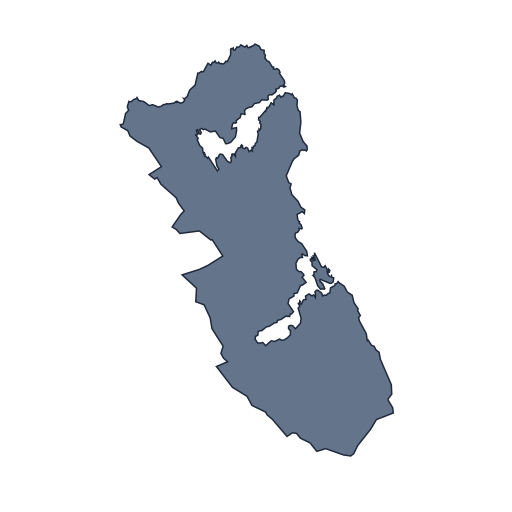 Halsa nor, Møre og Romsdal, Norway, rotated 82°
{"feature_id": "86288312B43880270832618", "entity_name": "Halsa nor", "entity_type": "district", "adm_level": 2, "iso_a3": "NOR", "parent_name": "Norway", "parent_adm1": "Møre og Romsdal", "projection": "mercator", "projection_center": [8.399, 63.103], "detail": "fine", "context": "isolated", "style": "filled", "palette": "slate", "viewbox_px": 512, "rotation_deg": 82, "n_neighbors": 0, "source": "geoboundaries", "source_scale": "gbopen_adm2", "svg_char_len": 6041}
<svg xmlns="http://www.w3.org/2000/svg" viewBox="0 0 512 512"><g transform="rotate(82 256 256)"><path d="M430.6,141.9L425.2,141.8L417.2,145.2L415.8,145.0L411.7,140.8L402.3,139.9L375.7,147.2L368.5,147.5L365.8,150.2L361.8,151.6L360.6,154.0L354.7,156.7L355.3,157.6L348.3,157.6L334.8,162.6L331.4,163.0L329.5,161.0L324.1,163.0L322.6,162.2L315.8,165.5L308.2,166.2L304.4,170.6L298.1,172.9L293.6,177.9L292.1,178.3L293.5,178.5L294.7,180.5L294.5,181.4L296.3,182.2L297.8,186.5L302.9,188.1L303.2,189.9L304.7,191.9L304.2,194.0L304.9,195.6L301.8,196.2L298.4,199.6L298.3,200.9L299.8,202.7L301.7,202.3L305.4,203.0L302.5,204.3L303.3,206.1L300.9,208.8L302.6,212.6L306.0,212.5L306.0,215.1L310.1,218.0L309.4,219.3L307.3,218.4L306.6,218.9L308.6,219.3L308.8,220.7L311.9,219.6L313.4,221.5L324.0,220.0L328.8,221.4L333.6,227.1L330.3,229.3L329.4,231.4L330.1,233.5L332.5,233.9L334.8,232.3L338.8,232.9L341.5,236.4L343.2,240.5L342.9,242.4L341.5,244.2L343.2,249.3L342.1,252.8L346.2,258.9L342.6,261.3L342.8,263.9L342.3,266.5L338.3,268.4L335.5,267.7L334.8,265.3L331.3,264.4L330.6,263.1L330.8,260.7L327.6,255.6L327.5,252.8L324.8,246.9L324.8,244.6L322.7,243.6L322.3,240.0L319.8,235.0L320.6,231.0L318.6,230.5L318.2,228.6L316.3,226.6L307.6,230.9L303.1,229.2L301.0,224.1L298.5,223.6L298.3,220.3L291.4,216.0L291.3,214.2L289.1,210.0L283.5,213.3L281.9,211.2L280.6,211.5L277.7,213.6L277.4,215.8L274.7,217.8L268.8,217.5L265.0,214.8L263.7,212.3L263.9,210.1L260.6,210.6L260.5,209.6L262.3,207.7L263.0,205.1L258.5,205.1L250.2,209.0L247.5,212.3L244.1,214.3L240.8,214.6L238.8,213.6L238.2,211.3L236.3,209.6L234.6,209.5L235.5,206.9L234.8,206.4L231.4,207.0L229.2,208.7L228.3,208.0L226.5,209.5L220.7,209.6L218.5,204.1L220.7,202.2L217.1,201.3L214.0,204.7L207.5,206.9L200.3,211.9L193.4,212.9L189.5,211.2L187.9,213.3L180.8,214.9L167.2,206.7L164.8,204.4L162.2,199.7L158.0,197.9L157.2,195.4L158.1,193.7L157.9,192.6L159.0,191.5L157.8,190.5L154.2,190.2L149.2,193.4L140.4,195.7L129.4,192.9L119.2,192.3L117.6,193.9L112.9,194.5L107.3,193.3L105.2,194.5L104.8,196.0L100.4,197.5L101.1,198.7L99.7,200.2L98.4,204.3L101.9,207.1L101.4,207.9L102.3,209.5L100.0,210.3L100.8,212.9L102.2,213.4L104.0,216.5L108.8,217.3L106.4,219.7L110.2,222.4L110.3,223.5L111.2,223.9L110.7,224.6L113.9,226.2L113.5,226.5L119.1,232.9L119.1,234.1L121.5,234.5L123.3,233.1L124.9,233.8L126.4,232.8L130.4,233.6L131.6,234.6L130.8,235.2L132.2,235.3L131.9,236.1L132.9,237.2L135.4,236.8L143.6,239.4L144.2,240.8L146.9,241.9L146.9,243.3L148.7,244.0L148.2,244.9L151.6,245.0L150.5,246.2L151.8,248.3L148.0,249.3L147.0,250.7L148.2,252.6L146.7,254.7L145.3,255.2L145.9,254.2L145.2,253.9L144.0,254.8L146.4,256.3L146.4,258.4L150.7,261.9L154.5,262.5L151.9,263.7L151.7,265.4L152.6,266.4L152.2,264.7L155.0,267.2L158.9,267.3L160.1,268.6L158.2,271.2L151.0,274.9L150.1,277.0L150.4,278.0L154.0,280.6L153.2,281.5L154.7,282.5L161.7,282.1L164.7,280.6L166.4,282.4L151.4,289.4L152.3,290.6L150.0,292.1L150.0,293.0L148.2,292.2L147.8,293.4L146.4,292.8L146.3,294.0L141.7,293.9L138.9,296.3L132.9,298.0L131.5,296.9L127.8,298.9L127.8,297.2L127.1,296.7L124.3,297.7L123.2,297.2L123.6,296.2L122.0,296.6L127.1,295.1L127.6,294.0L126.2,293.0L123.0,294.3L122.1,292.1L123.6,290.6L123.2,288.9L126.8,283.8L126.6,278.8L133.6,275.3L135.0,272.1L140.6,270.4L140.7,268.6L140.0,265.4L135.2,259.8L129.0,257.7L126.1,257.5L126.6,262.4L122.3,261.0L120.9,259.6L121.6,257.9L121.2,256.8L119.1,256.7L116.7,252.4L113.1,250.9L114.0,247.6L114.9,247.2L110.7,247.2L108.9,245.6L107.9,242.6L107.7,239.3L104.8,236.3L104.5,231.2L102.2,228.9L103.2,223.1L102.5,222.0L99.3,222.0L98.1,220.2L98.7,217.8L96.8,214.3L95.4,212.9L93.6,213.2L93.1,210.1L91.3,208.6L91.4,206.2L92.6,205.0L92.3,203.3L90.7,204.9L88.8,203.5L86.2,203.6L78.2,207.5L77.4,206.6L74.9,207.4L73.3,209.2L73.7,211.0L73.0,212.9L71.4,212.2L71.0,213.6L65.4,216.0L64.4,217.8L61.2,219.6L58.5,218.7L56.8,219.8L53.4,219.3L52.4,222.3L48.6,223.6L46.0,227.6L47.6,229.5L47.4,230.6L48.4,231.8L48.0,232.6L48.6,233.1L48.6,235.0L46.2,235.8L47.6,238.0L44.8,241.6L46.5,243.3L46.8,245.0L46.3,245.7L49.3,248.3L48.9,249.3L46.8,249.6L47.6,250.6L47.1,251.4L47.5,252.3L53.1,253.1L59.5,257.3L58.9,258.7L61.0,260.8L61.2,262.8L60.5,263.5L60.4,265.1L58.8,266.0L59.6,267.0L59.0,268.7L57.1,269.4L58.5,270.9L58.0,271.8L58.6,272.6L60.9,274.1L58.4,276.7L66.1,282.4L66.2,283.7L65.6,284.3L67.0,287.0L66.7,288.1L78.2,292.5L82.4,298.5L88.7,302.1L90.3,304.9L90.0,305.7L91.5,304.8L93.5,306.5L94.2,309.2L92.3,312.3L92.9,312.5L92.7,313.3L92.0,313.3L92.0,312.1L91.7,313.4L93.2,315.9L93.2,321.7L92.7,323.3L93.3,324.8L93.2,326.7L94.6,329.2L94.8,332.1L91.8,337.3L92.2,340.8L87.4,345.7L85.7,350.5L82.6,351.8L83.5,352.4L84.0,355.3L85.6,357.7L85.9,359.6L85.2,360.3L90.4,362.7L94.0,361.8L96.7,365.3L106.4,368.9L107.1,370.3L107.0,372.1L109.4,371.6L114.1,365.5L119.6,364.1L125.8,358.0L134.2,347.1L154.4,337.2L160.5,350.6L165.8,345.6L164.6,343.0L171.8,340.1L187.3,326.9L192.7,325.5L201.4,320.8L204.2,324.5L215.6,335.0L218.5,331.4L223.1,328.2L223.3,308.6L233.9,298.5L233.7,297.1L251.4,288.9L258.6,304.9L261.4,314.1L264.4,331.8L279.6,319.4L292.9,322.0L297.1,314.2L310.9,310.0L321.9,309.7L340.7,301.1L347.5,304.3L352.6,302.4L356.8,298.9L359.9,310.6L382.8,297.6L393.7,284.4L403.4,280.8L412.0,268.1L414.6,267.3L420.3,262.3L439.0,250.4L436.1,244.5L437.3,240.6L442.7,237.3L448.7,228.4L457.9,223.0L456.5,213.8L465.2,197.0L467.2,190.0L465.3,186.7L457.9,181.7L443.4,166.5L434.7,159.5L430.6,141.9ZM292.4,183.2L288.4,182.1L287.5,184.1L286.2,184.0L286.9,184.6L286.0,186.4L283.9,187.4L281.5,187.8L282.5,186.2L282.2,185.6L281.4,185.6L280.8,184.9L280.5,185.0L279.2,185.9L280.4,186.1L279.9,187.1L275.2,188.9L276.7,190.3L275.8,192.6L260.9,197.7L263.5,197.6L263.5,198.5L264.6,198.8L264.2,199.4L265.8,199.3L265.2,201.0L266.6,200.6L266.3,199.6L266.9,199.4L266.3,198.2L268.4,198.1L268.7,199.5L266.7,201.4L266.6,202.6L267.8,202.8L269.8,201.4L273.4,201.8L278.0,197.6L279.8,198.5L279.8,200.8L282.8,201.2L283.1,202.3L285.8,200.6L293.9,199.1L297.9,196.7L297.8,194.8L298.4,193.2L298.0,192.4L292.7,193.9L289.4,196.4L288.0,195.7L293.4,186.6L293.5,185.3L292.4,183.2Z" fill="#64748b" stroke="#1e293b" stroke-width="1.5"/></g></svg>